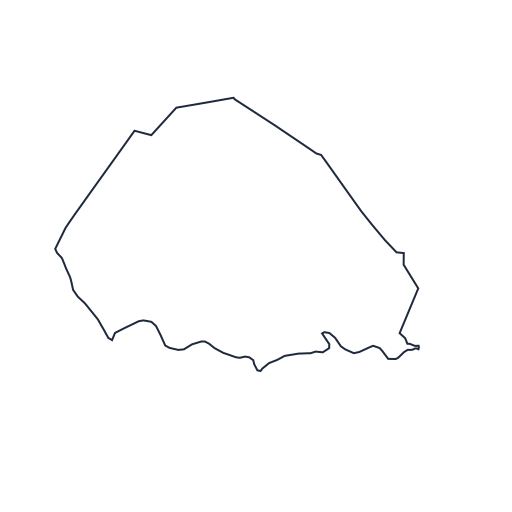 Abu Hujar, Sennar, Sudan (Robinson projection), rotated 114°
{"feature_id": "16777658B38113510529879", "entity_name": "Abu Hujar", "entity_type": "district", "adm_level": 2, "iso_a3": "SDN", "parent_name": "Sudan", "parent_adm1": "Sennar", "projection": "robinson", "projection_center": [34.02, 12.663], "detail": "fine", "context": "isolated", "style": "outline", "palette": "slate", "viewbox_px": 512, "rotation_deg": 114, "n_neighbors": 0, "source": "geoboundaries", "source_scale": "gbopen_adm2", "svg_char_len": 1624}
<svg xmlns="http://www.w3.org/2000/svg" viewBox="0 0 512 512"><g transform="rotate(114 256 256)"><path d="M391.4,353.3L391.2,353.3L390.8,353.3L383.6,353.5L375.8,347.2L363.3,336.6L360.7,332.8L359.7,329.1L358.7,324.8L360.6,318.9L366.9,311.2L374.7,302.5L375.1,297.6L373.4,288.8L370.6,283.9L362.7,278.5L356.3,271.1L354.9,267.9L355.2,263.3L357.0,256.5L357.8,246.6L357.3,240.9L356.7,233.3L355.6,229.4L352.3,225.0L351.3,221.1L352.3,216.1L355.6,213.6L359.9,208.2L359.2,205.1L356.0,204.3L348.5,200.5L342.1,194.2L335.6,189.2L327.9,177.5L323.6,168.7L322.7,166.7L319.1,162.7L316.8,155.8L310.4,151.7L306.7,153.2L299.9,164.1L297.8,162.6L296.5,157.6L298.6,150.4L304.0,141.7L305.0,136.4L305.0,127.2L301.8,122.7L293.6,115.5L290.4,112.5L289.8,105.6L291.3,102.2L296.2,93.4L293.3,86.5L291.3,84.8L283.4,81.6L280.1,79.3L278.5,75.7L277.4,74.4L276.1,73.4L275.2,72.1L275.1,69.7L273.4,70.0L271.9,70.9L273.5,74.4L273.7,79.9L274.6,82.0L270.4,86.3L268.1,93.4L219.6,94.6L203.9,117.6L193.2,122.2L195.5,129.1L189.1,144.6L180.2,162.8L172.5,177.7L158.9,200.8L142.5,228.5L137.2,237.6L137.8,242.5L136.5,249.6L129.2,290.7L121.5,339.1L120.6,340.9L132.8,359.0L152.9,389.1L188.2,400.8L191.0,417.9L221.4,424.1L256.5,431.3L287.9,437.7L290.3,438.2L301.3,440.3L307.6,441.4L322.8,442.0L325.1,442.1L331.2,442.3L334.0,439.1L334.1,438.9L334.8,437.3L336.8,432.5L341.4,427.7L344.3,424.8L345.9,423.0L350.9,417.3L352.3,416.1L354.0,414.7L361.2,409.4L361.4,409.2L365.6,402.3L366.5,399.7L368.7,393.4L370.2,390.3L372.7,385.5L373.7,383.5L378.2,374.7L379.3,373.2L383.8,367.1L384.1,366.6L385.3,365.0L390.9,357.6L391.4,353.3Z" fill="none" stroke="#1e293b" stroke-width="2"/></g></svg>